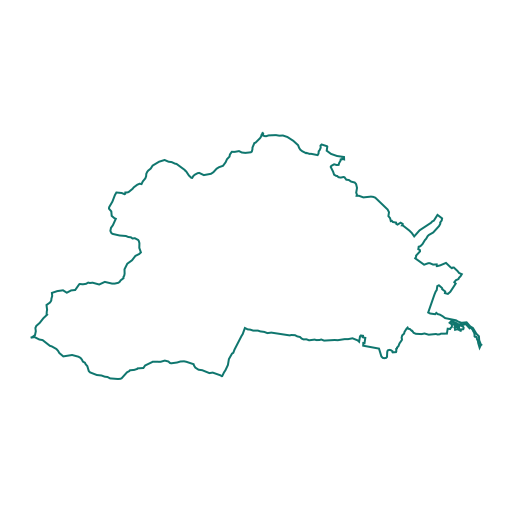 Sanmihaiu Almasului, Salaj, Romania (Mercator projection)
{"feature_id": "2599482B86867207521382", "entity_name": "Sanmihaiu Almasului", "entity_type": "district", "adm_level": 2, "iso_a3": "ROU", "parent_name": "Romania", "parent_adm1": "Salaj", "projection": "mercator", "projection_center": [23.232, 47.041], "detail": "fine", "context": "isolated", "style": "outline", "palette": "teal", "viewbox_px": 512, "rotation_deg": 0, "n_neighbors": 0, "source": "geoboundaries", "source_scale": "gbopen_adm2", "svg_char_len": 6063}
<svg xmlns="http://www.w3.org/2000/svg" viewBox="0 0 512 512"><path d="M222.2,376.1L224.0,372.4L225.4,370.3L227.9,365.0L228.9,359.1L232.0,353.6L233.3,352.8L234.5,349.6L241.5,336.0L242.7,334.1L244.9,328.0L247.7,329.4L250.1,329.6L253.2,330.6L257.9,330.6L260.3,331.4L264.2,331.9L267.4,333.1L271.3,332.6L289.7,335.4L291.3,335.0L295.0,335.2L297.3,336.4L300.0,337.0L301.7,338.6L303.5,339.4L306.4,339.3L309.1,340.3L314.6,339.6L316.4,340.1L319.6,340.0L321.2,339.5L324.1,340.6L334.6,340.0L337.8,340.2L344.8,339.1L348.3,339.1L352.5,338.3L357.7,340.4L359.1,341.7L360.0,336.4L360.8,336.4L361.0,335.5L363.0,335.8L362.9,337.3L365.3,337.9L364.5,343.2L363.3,343.0L363.2,345.7L379.0,348.6L381.4,356.5L382.8,357.9L384.3,358.2L386.1,357.9L387.0,356.9L387.2,352.3L387.4,351.1L388.1,350.2L389.7,349.9L390.9,350.2L392.5,351.3L392.5,352.2L392.7,352.4L396.0,352.1L396.3,351.3L396.2,348.9L397.0,348.5L397.0,347.6L398.4,346.2L399.5,343.4L401.8,340.1L402.0,339.2L401.6,337.8L402.2,335.4L404.1,333.6L404.5,331.9L406.6,328.6L407.6,327.6L408.2,328.8L409.8,329.0L411.8,330.9L412.2,330.8L413.6,332.8L415.8,333.8L421.6,334.1L424.5,333.5L428.7,334.7L436.0,334.0L437.6,334.5L439.7,334.3L440.9,333.7L446.9,333.6L447.7,328.7L450.1,329.0L450.6,328.0L451.9,326.9L451.9,325.0L451.5,324.2L449.6,322.8L450.4,322.0L450.6,323.0L451.6,323.9L455.0,325.1L456.3,326.1L459.0,326.7L459.0,327.7L454.8,326.7L454.4,327.4L454.8,328.0L455.1,329.8L457.2,329.2L458.7,329.8L459.8,329.3L460.3,329.7L460.2,330.6L460.7,330.8L461.2,329.4L463.1,329.3L463.5,328.8L463.6,327.5L463.0,326.6L461.5,325.9L457.3,324.9L455.2,323.1L452.5,322.0L452.2,321.4L455.8,322.7L457.5,324.0L459.2,324.3L462.6,324.8L465.9,324.2L469.5,328.2L469.9,327.7L470.7,327.7L472.8,329.9L472.9,330.6L474.1,332.6L474.6,334.9L474.5,336.2L475.0,336.8L476.3,336.9L476.8,337.6L476.9,339.0L477.9,340.9L478.2,343.0L479.6,347.7L480.7,345.3L481.3,344.8L480.7,344.2L479.2,340.2L478.9,336.3L476.4,333.8L472.9,328.0L470.2,326.4L466.6,322.3L461.5,322.8L458.1,321.6L456.0,320.3L445.1,318.1L442.6,316.2L439.8,314.6L437.7,314.1L436.3,312.9L435.2,314.2L430.1,313.5L428.2,312.5L434.5,294.4L435.7,291.5L436.7,290.1L437.3,286.1L438.9,285.3L439.4,285.7L442.0,288.0L442.3,288.6L442.2,289.2L445.2,291.5L444.9,293.1L447.9,293.9L450.3,291.8L455.7,283.6L454.3,282.2L455.9,280.2L458.4,279.1L459.1,277.7L460.5,276.3L461.8,274.2L459.1,273.0L457.5,271.0L453.8,267.5L452.9,267.5L451.9,268.2L450.5,267.2L446.0,262.9L440.1,265.4L437.2,266.1L436.8,266.1L436.7,264.4L433.1,264.6L429.8,263.2L428.3,263.2L424.1,264.7L415.2,258.3L416.1,256.8L416.1,255.6L420.0,251.4L419.9,250.1L418.3,249.2L418.7,246.7L420.4,246.2L422.5,244.1L424.9,240.1L426.2,238.7L427.6,236.2L428.8,235.0L433.2,232.5L439.1,226.0L440.3,223.7L440.2,222.5L441.7,220.5L442.1,218.4L437.5,214.9L433.8,220.7L432.3,221.4L431.0,222.8L419.6,230.3L414.2,236.4L411.8,233.0L409.4,230.6L402.9,225.5L402.1,225.4L402.7,224.6L402.7,223.9L400.6,222.7L397.5,224.6L396.3,223.9L396.1,222.6L392.8,222.0L391.8,220.8L390.8,221.1L390.1,218.2L388.4,216.1L389.0,212.2L387.6,209.5L375.3,197.7L373.3,196.9L371.0,196.6L363.4,197.4L359.0,195.8L356.6,195.8L356.9,194.5L356.2,192.7L357.0,187.9L356.1,184.1L354.7,182.5L351.1,181.6L348.8,180.0L346.3,179.7L344.5,177.3L343.5,177.0L340.8,177.6L338.5,177.2L337.2,176.0L336.2,175.9L334.1,174.7L333.1,171.7L330.7,166.9L330.9,166.5L331.3,165.9L334.1,164.3L336.7,165.0L338.6,164.9L339.2,162.9L340.5,160.7L340.7,159.4L341.8,159.4L342.1,158.8L344.1,159.4L344.0,157.0L337.0,156.0L331.0,153.9L326.7,150.7L327.3,146.6L327.0,146.2L321.6,144.5L320.5,145.6L320.7,147.7L319.6,150.2L318.7,151.3L318.5,153.6L317.6,155.1L311.0,153.8L309.6,153.9L306.5,152.9L306.1,153.2L302.2,151.2L300.3,149.7L299.1,147.8L298.1,145.2L293.4,140.9L287.4,137.0L282.9,135.5L279.4,135.7L275.9,135.1L268.6,135.4L266.2,136.2L264.6,136.1L262.5,135.3L263.2,133.8L262.7,133.0L262.3,133.3L262.2,134.3L261.6,134.7L261.1,136.5L260.1,138.1L255.5,142.7L254.4,143.0L252.5,147.5L252.4,149.4L251.8,151.6L250.8,152.3L245.4,152.9L241.8,152.5L239.0,151.1L234.6,151.9L231.8,151.8L229.9,154.5L229.5,156.6L227.0,159.2L225.6,162.3L223.0,165.8L219.0,167.2L216.6,168.7L213.4,172.2L211.0,173.8L203.8,175.1L199.2,172.9L197.6,173.2L194.8,174.7L193.4,175.9L192.2,177.9L191.3,177.8L188.9,175.5L186.1,171.3L185.2,170.7L184.8,170.0L176.5,163.9L175.1,163.7L171.7,162.1L168.5,161.7L164.6,160.0L159.1,161.7L152.6,165.6L150.7,168.6L148.2,170.6L147.2,171.9L146.3,173.8L146.1,176.3L145.3,178.4L142.8,181.4L141.5,184.1L139.7,183.7L137.3,184.7L133.7,187.4L132.6,188.8L128.8,191.9L127.7,192.4L125.3,192.5L125.2,193.8L124.6,194.2L121.7,193.0L116.4,192.5L114.9,195.1L112.4,201.6L109.2,207.1L109.0,208.0L109.0,208.7L111.3,211.4L111.7,215.9L114.4,218.2L115.8,218.8L112.9,225.2L111.0,227.8L110.4,230.7L110.6,231.5L111.5,233.2L112.6,233.9L119.6,235.5L125.9,236.0L128.3,237.0L130.9,237.3L132.5,238.5L134.8,238.2L138.2,240.0L138.8,241.0L139.4,243.1L139.3,247.9L140.9,252.4L139.2,254.0L135.4,255.9L132.0,260.3L127.3,263.7L124.5,269.3L124.6,273.7L124.2,275.7L123.4,277.1L123.5,278.2L120.6,280.4L119.7,281.8L118.3,282.8L114.7,283.6L112.1,283.6L104.8,281.9L99.2,284.5L92.6,282.7L89.9,283.0L88.2,282.6L86.1,283.8L82.9,284.3L79.7,284.0L79.2,284.3L75.2,290.0L71.2,290.4L66.8,292.7L63.0,290.3L57.3,291.1L51.9,292.9L52.2,295.9L51.4,298.8L51.3,300.3L50.9,301.2L49.9,302.6L46.5,305.0L47.1,309.9L46.8,311.2L46.6,314.2L47.1,314.7L43.4,318.2L39.7,322.9L36.3,325.9L35.4,328.0L35.8,331.3L35.0,335.1L32.4,337.0L30.7,337.7L34.6,337.1L39.3,339.5L42.6,340.1L50.0,345.9L51.6,346.3L56.4,349.0L58.1,350.9L59.3,353.0L63.3,356.4L72.1,355.0L78.4,356.7L80.5,357.9L81.9,359.6L82.9,361.6L84.9,362.7L85.7,364.3L87.3,366.1L88.8,371.1L90.1,372.4L96.8,375.0L101.5,375.5L104.8,376.7L107.5,377.0L110.1,378.4L118.0,379.0L120.4,378.8L121.6,378.3L127.0,372.3L129.3,371.1L129.9,370.3L134.2,369.9L137.3,368.9L137.6,368.4L143.4,368.0L145.1,365.5L152.9,361.7L160.6,361.8L164.8,360.6L168.4,361.5L170.0,363.0L171.2,363.3L177.1,362.5L180.4,361.5L184.0,361.3L186.4,361.8L193.6,364.2L194.0,365.5L195.3,367.6L198.5,369.7L202.2,370.2L209.4,373.1L212.7,372.6L220.4,375.3L221.8,376.2L222.2,376.1Z" fill="none" stroke="#0f766e" stroke-width="2"/></svg>